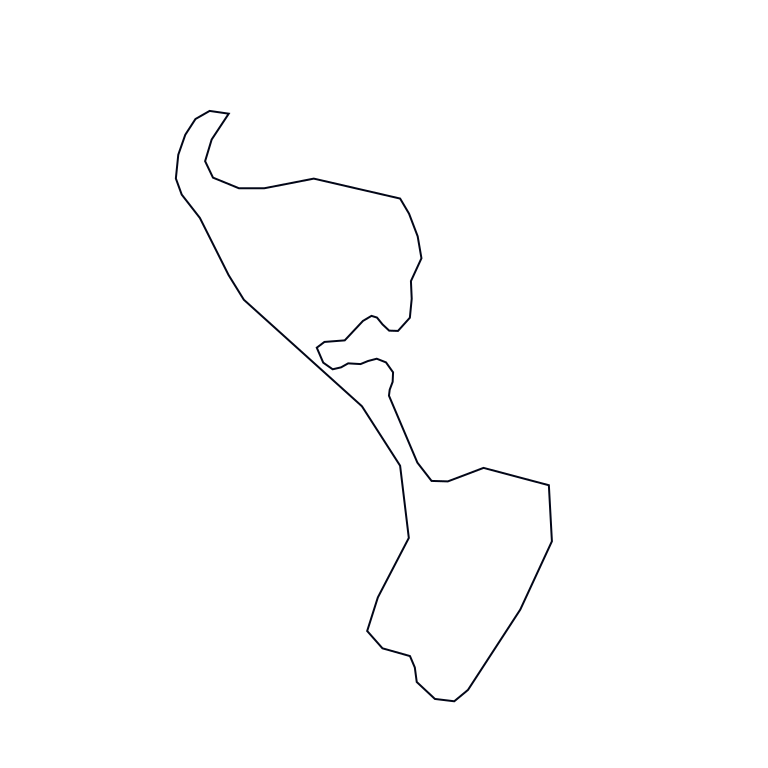 the Commune of Miquelon-Langlade, rotated 337°
{"feature_id": "SPM-4867", "entity_name": "Miquelon-Langlade", "entity_type": "Commune", "adm_level": 1, "iso_a3": "SPM", "parent_name": "Saint Pierre and Miquelon", "parent_adm1": "", "projection": "natural_earth1", "projection_center": [-56.329, 46.961], "detail": "fine", "context": "isolated", "style": "outline", "palette": "ink", "viewbox_px": 768, "rotation_deg": 337, "n_neighbors": 0, "source": "natural_earth", "source_scale": "10m", "svg_char_len": 928}
<svg xmlns="http://www.w3.org/2000/svg" viewBox="0 0 768 768"><g transform="rotate(337 384 384)"><path d="M442.8,500.1L496.2,541.6L477.1,594.4L421.3,644.9L341.8,698.4L324.7,703.5L307.8,693.8L297.7,671.1L301.6,657.0L301.6,644.6L279.3,626.7L272.0,604.8L295.0,578.0L346.7,535.4L366.9,465.5L355.0,395.9L287.9,251.7L283.5,223.0L279.4,159.2L271.8,130.6L272.7,113.5L284.2,92.6L298.5,76.9L314.0,66.4L330.2,64.5L346.7,74.5L320.9,91.6L306.4,109.0L307.2,127.2L326.9,147.1L350.1,157.0L399.6,167.5L471.3,219.6L473.6,237.0L472.7,261.2L467.6,282.9L449.0,299.8L442.8,316.4L433.7,333.1L417.6,340.6L409.6,336.9L405.9,328.5L403.5,320.1L399.1,316.4L389.3,317.7L364.9,328.5L345.6,322.0L336.3,324.3L336.4,340.6L342.5,350.4L351.0,351.9L359.1,351.0L370.2,356.5L378.3,356.6L387.2,357.9L394.3,364.9L396.9,376.8L392.8,385.4L387.0,391.5L384.0,396.7L384.0,469.4L389.9,491.8L404.7,498.6L442.8,500.1Z" fill="none" stroke="#020617" stroke-width="2"/></g></svg>